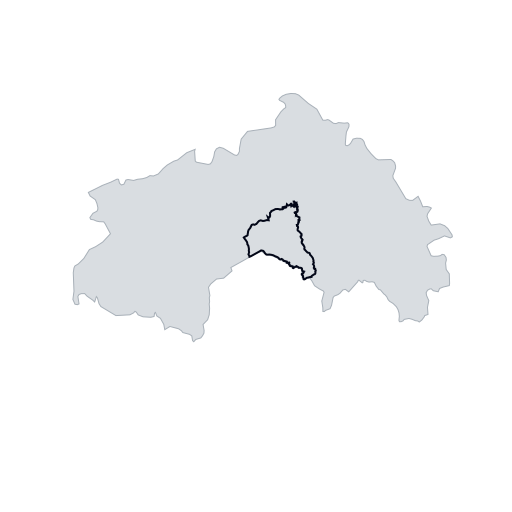 location of Faranah, Faranah, Guinea, rotated 331°
{"feature_id": "49546643B80456504828542", "entity_name": "Faranah", "entity_type": "district", "adm_level": 2, "iso_a3": "GIN", "parent_name": "Guinea", "parent_adm1": "Faranah", "projection": "orthographic", "projection_center": [-10.65, 9.821], "detail": "fine", "context": "in_parent", "style": "outline", "palette": "ink", "viewbox_px": 512, "rotation_deg": 331, "n_neighbors": 0, "source": "geoboundaries", "source_scale": "gbopen_adm2", "svg_char_len": 8944}
<svg xmlns="http://www.w3.org/2000/svg" viewBox="0 0 512 512"><g transform="rotate(331 256 256)"><path d="M308.8,329.5L305.0,329.0L303.3,329.7L298.2,335.7L295.2,338.0L290.5,337.3L288.8,337.7L287.6,337.0L289.3,333.8L291.7,327.3L297.9,320.8L298.0,319.4L295.5,315.6L292.8,310.4L292.8,304.8L292.3,300.8L286.8,299.7L285.8,299.0L285.7,297.6L288.8,290.7L289.0,289.3L288.6,288.0L285.3,284.5L280.0,277.9L271.0,264.4L267.7,261.5L264.4,257.4L263.2,254.8L259.9,253.8L228.4,253.9L227.8,257.4L217.0,259.7L210.3,257.0L202.9,258.5L199.3,260.3L196.5,268.2L194.9,269.9L193.3,273.4L191.8,275.3L190.1,279.2L186.6,284.7L182.8,288.3L176.5,290.2L174.5,296.0L173.1,298.2L170.6,299.8L168.0,300.9L162.9,299.8L160.0,300.8L159.5,299.3L161.1,294.7L159.9,292.3L154.9,287.5L154.5,285.1L153.0,282.1L146.5,275.9L140.5,276.2L142.2,271.1L142.2,264.2L140.2,260.4L140.7,256.6L139.6,256.8L137.5,259.5L134.3,258.6L127.7,254.4L124.4,250.4L124.1,247.1L123.3,245.7L121.3,246.4L117.2,246.3L104.6,240.2L95.8,225.0L95.6,221.6L97.0,215.7L96.7,214.1L92.6,218.0L91.8,215.4L88.8,209.3L87.9,205.8L84.9,204.2L82.5,203.9L80.6,205.0L78.0,212.1L76.2,212.0L74.3,210.4L74.8,205.2L79.7,198.6L88.1,182.0L91.0,178.2L92.8,176.9L96.7,176.8L104.2,174.7L113.4,169.6L120.4,170.1L128.7,169.5L139.5,166.0L139.7,154.8L139.4,152.3L135.6,150.0L133.4,148.1L131.5,145.6L129.2,143.8L129.3,141.9L134.1,139.6L138.5,139.7L140.0,138.8L141.1,137.2L142.3,133.1L142.8,128.9L140.0,123.1L140.2,119.1L156.0,119.8L164.7,121.0L171.8,121.4L172.9,122.3L171.9,126.2L172.7,128.6L175.2,129.2L179.1,126.5L181.2,127.1L185.6,130.6L189.7,131.5L194.2,133.4L198.5,134.4L202.2,134.3L205.1,136.3L210.3,136.9L217.2,134.5L222.5,133.4L230.0,133.2L234.0,134.0L245.5,132.1L254.5,133.2L253.1,134.6L248.9,143.5L249.4,145.1L258.5,152.7L260.7,153.3L263.2,152.2L267.2,148.7L270.3,144.9L273.3,143.1L276.8,143.2L279.6,145.9L286.1,157.1L287.7,158.6L289.3,158.5L292.2,156.5L293.6,154.0L299.7,146.6L309.0,142.9L331.3,151.3L334.5,152.0L336.5,151.3L339.2,146.3L347.6,142.0L351.6,140.8L353.9,140.6L354.7,139.2L355.2,137.2L354.7,135.1L352.1,131.3L352.0,130.1L353.5,129.4L356.7,128.8L360.8,129.2L365.4,130.8L369.2,133.2L371.4,136.0L375.7,147.9L380.4,157.1L380.3,169.6L382.4,170.9L384.7,171.4L385.7,172.4L388.1,177.5L390.2,179.0L392.8,179.3L397.6,182.6L400.7,183.9L401.2,184.9L401.1,186.2L399.9,188.0L395.2,191.4L393.0,194.4L388.3,201.5L388.1,202.8L389.2,203.8L391.1,203.9L393.2,203.4L397.6,200.8L401.0,201.7L404.3,203.7L405.6,205.7L405.9,208.4L405.2,211.8L405.1,215.7L406.2,222.3L408.0,228.9L409.7,231.3L420.8,237.0L421.9,239.2L422.5,241.6L421.7,245.0L420.6,246.9L414.6,252.1L413.7,254.6L414.2,259.1L414.8,278.5L417.2,281.7L420.0,283.3L426.7,282.4L426.5,287.7L425.7,293.8L429.6,295.6L431.5,297.4L432.6,299.1L426.5,302.3L424.8,304.2L424.0,309.3L424.2,313.9L432.5,317.1L435.7,321.0L437.1,325.0L437.7,332.6L437.0,334.4L434.8,334.4L430.6,329.8L424.2,329.4L419.4,328.5L411.5,329.2L410.2,330.6L409.3,340.7L411.2,342.4L415.0,344.3L417.5,345.1L419.6,344.8L421.2,346.1L421.5,349.4L420.5,351.8L418.4,354.1L415.8,360.0L416.4,365.3L412.0,373.9L410.7,375.6L404.7,373.9L400.8,373.4L398.0,375.6L394.2,372.3L393.4,369.7L392.0,369.1L389.4,369.1L387.0,370.6L386.0,373.3L385.5,378.8L381.1,384.0L378.1,390.5L374.6,389.9L373.8,390.7L370.0,392.4L366.8,392.9L365.9,391.2L364.0,389.8L361.9,387.1L359.5,384.8L354.9,383.3L353.1,384.0L351.0,383.8L349.6,383.0L349.8,381.6L352.1,378.3L353.5,375.1L354.2,371.8L354.2,368.5L352.9,364.0L350.9,360.4L350.4,358.3L350.6,355.3L350.1,352.6L349.4,351.1L348.4,345.9L347.2,344.9L346.5,340.7L346.7,336.4L345.0,334.8L342.2,333.6L340.5,331.9L339.5,330.1L338.5,329.5L337.6,329.6L336.9,330.8L335.9,331.0L334.3,327.0L333.6,326.9L332.5,327.8L319.7,332.3L318.0,328.5L315.5,327.8L311.3,329.3L308.8,329.5Z" fill="#d9dde1" stroke="#a8b0b8" stroke-width="1"/><path d="M254.3,233.9L254.4,234.9L254.4,235.3L254.5,236.1L254.7,236.9L254.8,238.3L254.9,239.3L254.6,240.6L254.1,241.6L254.3,243.1L253.9,244.5L253.6,245.4L253.2,246.5L252.2,248.0L251.8,249.4L250.2,250.9L250.2,252.3L250.3,252.6L250.1,252.9L250.0,253.2L249.9,253.5L251.3,253.7L257.6,253.7L257.9,253.7L259.6,253.7L260.0,253.7L261.0,253.7L263.2,253.6L263.8,254.1L264.7,254.9L264.9,255.3L265.0,255.8L265.1,256.4L265.2,258.0L265.5,259.1L265.7,259.5L265.8,259.7L265.8,259.8L266.3,260.2L268.6,261.3L269.9,262.3L271.0,263.3L271.5,263.8L272.1,264.7L272.7,265.7L273.2,266.1L273.3,266.4L274.2,267.4L274.4,267.8L274.5,268.0L274.6,268.4L274.8,268.7L274.8,268.8L274.9,270.0L275.0,270.2L275.2,270.5L275.6,270.8L276.0,270.9L276.7,270.9L277.0,271.0L277.2,271.4L277.3,271.6L277.6,272.0L277.7,272.9L277.7,273.5L277.9,273.7L278.1,274.0L278.3,274.0L278.5,274.0L279.4,275.0L280.3,275.8L280.3,276.0L279.8,276.5L279.6,276.8L280.2,277.3L280.4,277.5L281.7,277.7L281.9,277.8L281.9,278.0L281.7,278.3L281.0,278.7L280.8,278.9L280.8,279.2L281.2,279.9L281.2,280.2L280.8,280.6L280.8,281.0L281.1,281.5L281.5,281.8L281.9,281.9L282.4,282.4L282.9,282.7L283.1,283.0L283.0,283.4L282.6,283.7L282.4,284.1L282.5,284.4L282.7,284.7L283.0,284.7L283.3,284.2L283.7,284.2L284.0,284.4L284.2,284.6L284.7,284.6L285.2,284.4L285.8,284.5L286.1,285.0L286.3,285.0L286.6,284.7L286.9,285.1L287.6,286.3L287.7,286.8L287.6,287.0L287.8,287.2L288.7,287.5L289.7,288.3L290.0,288.7L290.1,289.2L289.8,290.0L289.6,290.4L289.4,291.2L289.4,291.7L289.5,291.7L289.4,291.7L289.4,291.8L290.0,292.4L289.9,292.4L289.9,292.8L290.0,293.2L289.8,293.5L289.2,293.8L288.8,293.9L288.4,294.0L287.9,294.1L287.7,294.1L287.6,293.9L287.3,293.9L287.2,294.0L287.0,294.6L287.5,295.6L287.4,296.5L286.9,297.2L286.9,297.9L286.7,299.2L286.6,299.4L286.5,299.5L286.7,299.8L287.8,300.0L288.3,299.9L289.4,299.7L289.6,299.7L290.1,299.7L291.5,300.3L292.0,300.4L292.3,300.3L292.5,300.4L292.8,300.6L293.1,300.8L293.5,300.7L294.0,301.0L294.4,301.2L294.5,301.0L295.0,300.5L295.4,300.4L295.9,300.4L296.7,300.3L298.1,300.2L298.6,300.4L299.2,300.2L299.7,299.7L300.1,299.0L300.3,298.3L300.6,298.1L301.1,297.9L301.3,297.5L301.2,297.0L301.6,295.9L300.8,295.6L300.8,295.0L300.9,294.8L300.9,294.7L300.8,294.4L301.3,293.8L301.7,293.5L301.9,293.1L302.1,292.3L302.0,291.3L301.9,290.8L302.4,290.6L303.0,290.2L303.3,290.0L303.5,289.3L303.4,288.8L303.6,288.6L304.1,287.9L304.3,287.2L304.5,286.2L304.7,285.2L304.6,284.4L304.5,283.8L304.4,283.1L304.3,282.3L303.9,281.3L304.0,280.6L304.2,280.2L304.3,279.6L303.9,278.9L303.3,278.5L302.7,277.9L302.6,277.4L302.4,276.7L302.2,276.1L302.1,275.6L301.9,274.5L301.6,274.0L301.7,273.1L302.4,272.4L302.7,271.7L302.8,271.0L302.8,270.0L302.8,269.4L302.8,268.9L302.5,268.8L302.4,267.6L302.3,267.0L302.7,265.8L303.3,265.7L303.6,264.9L304.6,264.5L304.5,263.4L304.2,262.8L304.3,261.8L304.3,261.0L304.4,260.9L304.5,260.5L304.9,260.5L305.4,260.5L305.9,260.0L305.9,259.6L306.2,259.4L306.5,258.9L306.2,258.1L306.1,257.3L305.8,256.3L305.6,255.5L305.3,254.9L305.0,254.3L304.9,254.0L304.9,253.6L305.3,252.9L305.5,252.6L306.6,251.5L306.9,250.7L306.4,249.7L306.6,249.2L306.8,248.6L307.6,248.9L308.3,248.4L308.6,248.1L308.9,247.5L309.6,247.4L310.2,246.7L309.9,246.3L310.1,245.9L310.8,245.8L311.4,245.7L311.0,244.9L311.8,244.7L312.3,244.0L312.7,243.3L312.0,242.3L311.4,241.5L311.0,240.8L311.5,239.3L311.5,239.0L311.0,239.2L311.5,238.4L311.5,237.7L311.2,237.5L310.8,237.2L310.9,236.7L311.8,236.7L313.0,237.4L313.8,237.3L314.4,236.6L314.3,236.0L314.9,235.9L315.1,235.3L314.7,234.9L315.2,234.1L315.1,233.2L315.5,233.6L316.0,233.5L316.5,232.9L316.3,232.4L315.5,232.5L315.3,231.9L315.1,231.5L315.1,231.0L315.2,230.5L315.5,230.5L315.8,230.4L316.1,230.6L316.6,230.9L316.9,230.8L316.9,230.3L316.8,229.6L316.9,229.4L317.2,229.0L316.5,228.8L315.8,228.7L316.1,228.3L316.1,227.9L316.0,227.5L315.9,227.3L315.8,226.8L315.5,226.7L315.5,227.1L315.3,227.9L315.1,228.8L314.4,229.5L314.0,229.2L313.8,229.2L313.8,229.9L313.4,230.2L313.0,230.5L313.4,231.2L313.1,231.4L312.7,230.5L312.1,229.4L311.5,229.2L311.0,229.4L311.2,228.5L311.1,228.1L311.8,227.8L312.2,227.4L311.8,227.2L310.9,227.6L310.2,227.7L309.0,227.6L308.2,227.3L308.3,226.9L308.2,226.1L308.1,225.8L307.7,226.3L307.4,226.7L306.8,227.0L306.3,227.2L306.2,227.6L306.0,228.1L305.6,228.1L305.2,228.0L305.3,227.7L305.3,227.0L304.7,226.7L304.1,226.6L303.6,227.2L303.3,226.7L302.9,226.3L302.7,226.5L302.6,227.2L302.2,228.0L301.9,228.0L301.4,227.8L301.1,227.6L300.8,227.4L300.4,227.3L300.1,227.1L299.6,227.0L299.6,226.8L297.8,225.4L295.7,224.4L294.5,224.4L292.7,224.3L291.3,224.1L291.0,224.5L289.1,225.1L288.5,226.4L287.7,227.9L287.2,228.1L286.8,228.6L286.2,228.8L285.6,228.6L285.2,227.6L284.8,229.5L284.4,230.9L282.8,229.8L281.4,229.5L280.1,229.2L279.0,228.7L277.6,227.3L277.4,227.1L275.7,226.8L274.3,227.2L271.8,228.2L271.0,228.0L270.0,228.1L269.4,227.6L268.9,227.0L267.4,226.7L267.3,226.8L266.6,227.1L266.1,227.6L265.9,227.7L265.9,227.8L265.6,228.0L265.4,228.1L265.0,228.3L264.7,228.6L264.0,228.9L263.0,229.3L262.2,229.6L261.4,230.3L260.7,231.0L260.2,231.8L259.7,232.4L259.3,232.8L259.1,233.2L258.9,233.6L258.7,233.7L258.4,233.8L257.9,233.9L257.6,233.9L256.8,233.8L256.2,233.8L255.7,233.8L255.0,233.8L254.3,233.9Z" fill="none" stroke="#020617" stroke-width="2"/></g></svg>